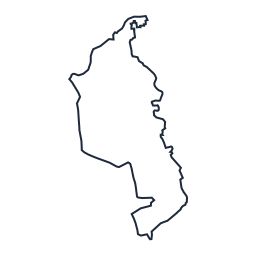 Ar-Rastan, Homs (Hims), Syria (orthographic projection), rotated 89°
{"feature_id": "27442178B10190550865888", "entity_name": "Ar-Rastan", "entity_type": "district", "adm_level": 2, "iso_a3": "SYR", "parent_name": "Syria", "parent_adm1": "Homs (Hims)", "projection": "orthographic", "projection_center": [36.766, 34.897], "detail": "fine", "context": "isolated", "style": "outline", "palette": "slate", "viewbox_px": 256, "rotation_deg": 89, "n_neighbors": 0, "source": "geoboundaries", "source_scale": "gbopen_adm2", "svg_char_len": 4296}
<svg xmlns="http://www.w3.org/2000/svg" viewBox="0 0 256 256"><g transform="rotate(89 128 128)"><path d="M239.6,107.9L239.5,106.5L235.1,105.9L232.0,106.2L227.4,101.0L223.8,96.9L222.4,93.1L221.5,90.3L219.7,88.0L213.7,80.6L213.4,80.3L213.4,80.2L212.4,79.4L211.7,78.3L211.4,78.0L211.0,77.6L210.2,76.7L209.4,76.5L209.2,76.5L207.0,74.6L206.4,73.4L205.8,72.0L203.9,71.5L203.3,70.6L201.8,70.4L200.4,70.4L200.2,70.3L198.7,70.2L197.2,70.6L196.9,70.8L196.6,70.9L195.6,71.7L195.4,71.8L194.5,72.4L194.0,72.7L193.2,73.5L192.6,73.6L191.4,74.3L190.6,74.7L190.4,74.9L189.9,75.0L189.5,75.2L189.4,75.3L189.0,75.5L185.1,76.0L180.5,76.6L178.8,74.1L171.4,77.2L168.7,75.8L165.7,78.3L165.3,78.7L159.2,83.9L158.1,84.9L155.6,85.7L154.1,84.1L152.8,84.8L152.6,86.0L151.4,84.8L149.5,83.8L147.7,84.4L147.2,85.4L147.3,85.7L147.7,86.7L148.5,90.6L143.5,92.2L142.7,92.5L142.1,92.8L141.4,93.1L140.5,93.4L139.1,94.1L137.7,95.3L136.8,95.4L136.6,95.5L135.9,95.4L135.3,95.4L135.5,93.5L134.7,94.0L133.4,93.5L132.6,93.4L131.7,93.5L131.2,93.8L130.7,93.5L129.0,90.8L127.6,91.3L122.6,90.8L119.9,92.8L117.9,99.5L117.1,100.3L116.8,100.6L116.5,100.9L116.3,101.0L116.2,101.1L116.2,101.3L116.0,101.5L115.7,101.7L115.1,101.7L114.8,101.7L114.7,101.7L114.5,101.8L114.4,101.8L114.0,101.8L113.8,101.8L113.6,101.8L113.4,101.8L113.1,101.9L112.9,102.0L112.7,102.0L112.3,102.0L112.1,102.0L111.8,101.9L111.7,101.8L111.5,101.6L111.3,101.4L111.0,101.1L110.9,100.9L110.9,100.7L111.0,100.0L111.1,99.4L111.2,98.9L111.3,98.6L111.2,98.0L111.1,97.6L110.9,97.5L110.7,97.3L110.6,97.1L110.4,97.0L110.1,96.9L109.5,96.9L109.0,96.9L108.5,97.0L107.9,96.9L107.4,97.1L107.2,97.2L107.0,97.3L106.7,97.4L106.2,97.6L106.0,97.8L105.9,97.9L105.8,98.1L105.9,98.3L106.0,98.5L106.0,98.9L106.0,99.6L106.0,100.2L106.1,100.8L105.9,102.3L105.9,102.6L105.6,102.8L104.3,103.1L104.0,103.4L103.6,103.5L103.2,103.8L102.6,103.7L102.2,103.7L102.0,103.3L102.0,103.1L101.7,102.4L101.4,101.2L101.0,100.3L101.3,97.0L101.3,96.3L101.2,95.7L100.7,95.4L100.0,95.1L97.6,94.2L94.9,93.0L93.9,92.9L92.7,93.1L92.0,93.9L90.9,96.4L90.0,97.6L87.9,99.6L85.8,100.8L83.6,100.9L80.1,99.3L78.7,98.9L75.7,100.1L73.9,101.4L67.4,108.1L65.6,111.3L63.6,112.1L61.3,115.8L57.4,117.2L56.6,120.7L56.5,122.1L54.2,123.0L50.2,123.2L44.3,124.4L42.2,124.8L39.9,123.9L39.8,122.7L39.0,121.8L38.4,121.6L37.7,120.0L37.6,119.4L36.3,119.5L34.6,119.8L34.4,119.8L33.5,119.9L33.3,119.9L31.5,120.1L30.2,120.3L30.2,120.0L28.7,120.0L28.7,120.8L28.8,122.1L28.9,122.8L27.3,122.9L25.6,122.5L25.0,122.4L24.6,123.0L24.3,123.4L23.7,123.5L23.7,122.6L23.3,121.9L22.9,120.9L21.1,120.4L21.1,119.2L22.0,119.1L23.3,118.8L23.1,117.8L24.7,117.6L25.7,117.5L26.6,117.4L27.5,117.3L27.3,114.8L27.4,113.8L26.4,113.9L26.0,114.0L25.9,112.4L26.0,110.2L24.6,110.3L24.6,108.5L23.8,108.4L22.5,108.5L21.0,108.6L20.6,107.4L20.4,106.6L16.4,108.3L17.0,114.2L16.8,120.0L18.9,125.8L22.4,129.2L25.2,130.3L28.4,132.2L30.0,134.5L31.3,136.4L32.8,137.5L32.1,139.4L32.3,139.6L33.0,140.1L33.7,140.6L34.6,141.2L39.3,140.9L39.3,141.1L38.8,145.4L39.0,145.7L45.5,154.0L45.9,154.9L46.7,156.9L48.6,161.4L51.8,162.8L55.6,164.0L58.5,164.0L61.7,164.2L63.9,164.9L65.9,165.7L67.8,166.3L68.4,166.5L69.1,166.8L72.4,171.0L73.0,171.8L74.3,175.8L74.5,176.6L72.9,180.7L73.0,182.2L74.0,183.5L75.8,184.0L78.1,185.8L78.3,185.6L78.5,185.5L79.9,184.3L80.3,184.1L81.4,183.1L90.8,177.6L91.1,177.5L92.1,176.9L93.9,176.2L96.0,175.4L97.9,176.3L102.5,178.6L107.3,177.8L109.5,177.5L114.2,177.3L118.2,177.1L118.4,177.1L120.4,177.0L125.5,176.7L129.5,176.6L130.0,176.5L140.1,174.8L147.0,174.6L149.3,174.6L149.8,174.0L149.9,173.9L151.5,172.2L154.0,167.8L156.5,162.1L157.6,159.4L157.7,159.2L162.4,146.9L163.0,145.9L166.3,140.1L166.9,137.7L163.2,130.1L162.8,129.4L162.4,128.5L162.9,127.7L163.1,127.5L163.2,127.3L163.3,127.2L163.8,126.4L169.4,124.9L170.8,124.7L173.0,124.3L177.8,123.4L181.8,122.2L182.5,122.0L183.7,121.7L184.5,121.6L189.0,121.0L190.4,120.9L195.4,120.3L195.8,120.3L196.4,120.2L196.9,120.1L197.7,119.0L198.3,114.8L198.1,105.4L199.6,104.1L200.2,103.5L200.2,103.4L200.6,103.1L200.8,103.3L202.1,105.0L203.2,106.3L203.3,106.3L206.1,106.5L208.5,116.6L212.8,123.7L214.1,125.8L214.5,125.6L218.7,123.7L222.7,122.3L222.9,122.2L230.1,120.4L234.3,119.9L235.2,118.1L235.8,116.9L234.6,110.9L234.9,110.7L235.5,110.3L236.3,109.9L238.3,108.8L239.6,107.9Z" fill="none" stroke="#1e293b" stroke-width="2"/></g></svg>